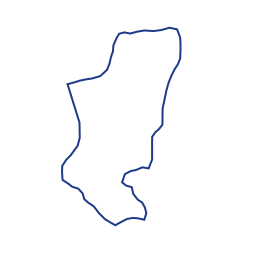 the district of Porto Real, Rio de Janeiro, Brazil, rotated 341°
{"feature_id": "56859067B71972686895442", "entity_name": "Porto Real", "entity_type": "district", "adm_level": 2, "iso_a3": "BRA", "parent_name": "Brazil", "parent_adm1": "Rio de Janeiro", "projection": "natural_earth1", "projection_center": [-44.326, -22.446], "detail": "fine", "context": "isolated", "style": "outline", "palette": "blue", "viewbox_px": 256, "rotation_deg": 341, "n_neighbors": 0, "source": "geoboundaries", "source_scale": "gbopen_adm2", "svg_char_len": 1071}
<svg xmlns="http://www.w3.org/2000/svg" viewBox="0 0 256 256"><g transform="rotate(341 128 128)"><path d="M161.6,136.1L164.1,129.2L167.1,120.8L172.1,112.5L176.6,104.9L181.2,98.3L185.9,92.9L191.2,87.6L195.7,84.2L199.9,79.4L203.4,70.4L205.3,64.7L206.8,59.1L206.5,50.7L199.9,46.7L191.2,46.2L183.5,44.6L175.2,41.1L167.9,39.9L160.9,39.4L155.6,36.4L150.3,36.0L146.3,39.4L141.0,45.3L138.7,50.7L134.9,55.5L131.5,61.1L127.1,66.2L118.6,69.9L110.3,69.5L103.8,68.3L97.5,67.5L92.4,67.4L85.1,66.9L83.9,107.0L81.1,115.7L79.2,121.5L74.7,128.3L68.9,132.4L64.8,135.2L59.3,137.9L53.5,142.4L51.4,147.8L49.2,155.8L53.2,160.9L56.2,165.5L61.2,169.1L63.8,175.0L63.5,181.0L66.2,185.8L70.1,190.9L72.8,199.0L76.6,206.8L80.6,211.6L84.4,215.8L91.2,214.6L97.3,213.7L103.3,214.6L108.1,216.7L113.5,220.0L117.6,214.6L118.1,208.6L117.1,203.2L113.8,198.7L111.5,191.9L112.3,185.2L107.6,181.9L104.7,177.5L110.0,170.6L116.6,169.6L121.9,170.3L128.8,169.9L134.4,172.9L140.5,165.7L143.7,156.5L145.7,150.5L148.0,144.2L152.3,141.0L157.3,138.9L161.6,136.1Z" fill="none" stroke="#1e3a8a" stroke-width="2"/></g></svg>